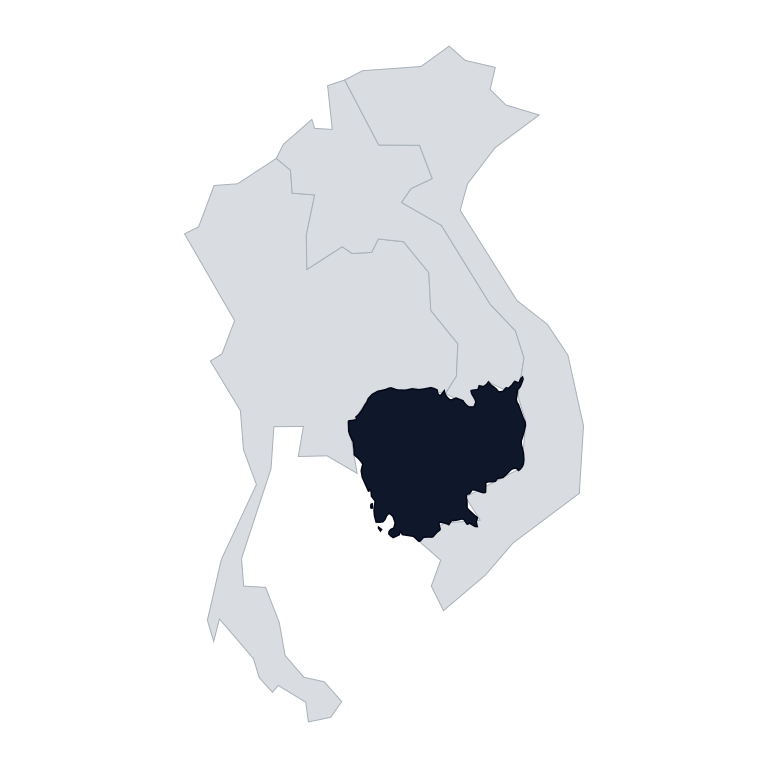 Cambodia highlighted among its neighbors
{"feature_id": "KHM", "entity_name": "Cambodia", "entity_type": "country or territory", "adm_level": 0, "iso_a3": "KHM", "parent_name": "Asia", "parent_adm1": "", "projection": "robinson", "projection_center": [105.132, 12.558], "detail": "fine", "context": "with_neighbors", "style": "filled", "palette": "ink", "viewbox_px": 768, "rotation_deg": 0, "n_neighbors": 3, "source": "natural_earth", "source_scale": "50m", "svg_char_len": 4511}
<svg xmlns="http://www.w3.org/2000/svg" viewBox="0 0 768 768"><path d="M445.5,393.5L414.1,388.0L370.8,395.3L349.3,427.1L357.1,473.4L327.0,455.8L298.3,456.5L303.4,426.4L273.9,426.7L271.0,468.8L241.5,558.5L243.7,586.1L265.6,587.4L279.2,622.3L285.1,655.4L303.9,677.3L324.3,681.8L341.7,701.6L330.7,717.3L308.4,721.9L305.8,702.3L278.3,685.5L272.4,692.3L259.2,677.7L253.5,658.7L219.4,618.9L213.7,641.4L207.4,620.2L221.3,559.6L256.4,484.6L243.5,449.7L240.4,410.6L210.4,361.0L222.0,353.9L234.6,320.6L184.5,233.8L198.6,226.9L214.1,185.5L237.6,183.8L276.2,158.4L290.5,170.2L292.2,193.2L314.7,194.9L306.3,235.2L306.9,269.5L342.1,246.7L352.1,253.5L371.6,252.4L378.3,239.0L403.5,241.7L428.8,272.7L430.8,310.5L457.9,343.9L456.4,376.3L445.5,393.5Z" fill="#d9dde1" stroke="#a8b0b8" stroke-width="1"/><path d="M518.0,396.2L488.3,382.1L473.2,408.5L445.5,393.5L456.4,376.3L457.9,343.9L430.8,310.5L428.8,272.7L403.5,241.7L378.3,239.0L371.6,252.4L352.1,253.5L342.1,246.7L306.9,269.5L306.3,235.2L314.7,194.9L292.2,193.2L290.5,170.2L276.2,158.4L283.4,144.3L311.8,119.4L314.7,128.4L332.3,129.4L327.6,85.6L344.7,80.0L378.7,145.0L419.5,145.3L432.3,178.7L411.1,188.7L401.6,202.5L441.4,225.4L490.2,304.3L515.5,330.9L524.0,358.0L518.0,396.2Z" fill="#d9dde1" stroke="#a8b0b8" stroke-width="1"/><path d="M415.8,538.4L444.9,523.0L480.2,520.2L465.4,497.0L521.8,467.6L525.8,421.7L518.0,396.2L524.0,358.0L515.5,330.9L490.2,304.3L441.4,225.4L401.6,202.5L411.1,188.7L432.3,178.7L419.5,145.3L378.7,145.0L344.7,80.0L362.5,70.7L421.0,66.5L449.1,46.1L465.1,60.4L495.3,67.4L490.1,89.5L505.9,105.0L539.2,115.0L495.1,147.7L467.5,183.8L460.2,210.4L517.1,300.7L547.4,324.4L567.9,355.1L583.5,425.9L579.3,493.3L512.9,543.1L485.5,575.0L443.5,610.6L431.3,586.1L440.7,560.2L415.8,538.4Z" fill="#d9dde1" stroke="#a8b0b8" stroke-width="1"/><path d="M522.5,377.0L523.1,379.1L521.7,383.1L520.2,386.7L517.4,389.9L517.3,392.2L516.3,399.1L516.7,401.3L517.3,403.2L518.3,404.2L520.7,411.0L522.9,417.2L525.2,422.3L525.5,425.5L523.6,433.6L521.2,441.1L521.4,444.8L522.4,448.5L523.5,453.5L523.9,459.8L523.4,464.0L522.3,466.6L520.3,469.2L518.5,470.5L516.4,468.3L514.7,468.2L512.4,468.9L510.7,469.9L507.0,473.8L503.0,477.5L497.4,478.5L495.3,481.3L493.0,481.7L488.5,481.8L485.7,482.5L485.8,483.9L485.6,490.5L485.6,492.1L485.2,492.5L483.2,492.7L479.8,491.7L475.2,490.0L472.0,489.8L470.3,492.7L469.3,493.8L468.1,494.0L466.8,494.5L466.4,495.8L466.3,497.4L466.9,500.1L467.1,504.5L467.0,507.5L468.2,509.4L475.1,515.8L477.2,517.3L477.4,518.3L476.2,521.8L477.3,526.6L475.1,526.5L471.5,524.4L469.7,523.2L467.6,524.2L466.9,524.0L465.4,521.6L463.6,519.2L461.6,519.0L457.6,520.0L453.4,520.6L451.8,520.6L451.2,521.1L448.8,524.7L447.7,524.1L443.5,522.7L439.7,522.2L438.9,523.1L439.4,526.1L440.2,529.0L439.7,530.2L437.6,531.7L434.9,534.5L433.2,536.6L432.0,537.1L427.7,537.0L423.5,537.3L421.8,539.3L420.3,540.9L418.9,541.3L413.4,536.3L402.4,534.6L401.3,532.4L400.2,532.0L399.2,534.8L393.2,537.6L390.7,535.9L388.8,533.9L389.1,531.4L390.8,529.4L393.8,528.0L395.2,523.0L393.0,516.5L391.0,514.6L388.9,513.2L386.7,515.6L384.8,519.7L382.8,521.8L380.1,522.2L376.1,522.1L374.5,515.9L374.0,510.7L374.6,504.7L375.2,501.1L371.4,496.2L371.2,491.6L369.3,489.2L368.7,490.4L368.8,491.7L368.3,490.8L362.2,477.1L361.2,470.7L362.3,465.8L362.9,464.2L361.1,461.6L358.7,458.7L354.3,454.9L354.0,448.8L353.1,441.7L351.8,439.2L349.8,434.8L348.7,431.2L348.4,421.6L348.9,420.8L352.0,420.5L356.0,419.8L356.6,418.3L355.9,417.0L358.5,414.8L362.1,410.0L364.9,405.0L367.0,401.9L368.2,398.7L372.3,394.3L377.9,391.2L381.7,390.5L385.7,389.5L389.5,388.0L391.3,387.9L396.1,389.6L398.6,390.1L401.3,390.1L404.1,390.3L406.5,390.1L412.3,388.8L418.5,389.8L424.0,389.0L430.8,387.6L434.1,388.5L437.2,390.0L437.6,392.9L438.3,394.2L439.3,395.3L440.7,395.3L442.4,393.2L443.9,391.1L444.3,390.7L444.4,391.8L445.1,394.0L446.4,396.3L447.7,397.8L449.9,399.8L451.4,399.9L456.0,398.0L463.0,400.7L463.8,402.1L466.1,404.9L468.5,406.9L473.9,407.0L475.9,402.1L474.9,399.1L471.8,393.9L471.0,390.8L472.0,390.3L477.2,389.7L478.1,389.1L479.2,385.7L480.7,386.1L483.6,386.6L486.7,384.3L488.5,381.8L489.5,382.9L490.6,384.6L491.8,385.6L494.0,387.1L496.4,389.1L497.9,391.1L499.2,391.9L502.3,391.4L503.1,391.4L504.9,389.0L506.2,387.7L507.3,388.1L508.8,388.0L512.1,384.9L514.0,382.1L515.0,381.3L517.9,382.7L519.1,382.4L520.7,378.5L522.5,377.0ZM372.5,507.9L371.9,508.2L371.3,508.2L370.8,507.7L370.8,505.4L371.2,504.1L372.2,503.8L372.5,507.9ZM381.6,529.5L380.4,531.0L378.4,528.0L378.5,527.1L381.6,529.5Z" fill="#0f172a" stroke="#020617" stroke-width="1.5"/></svg>